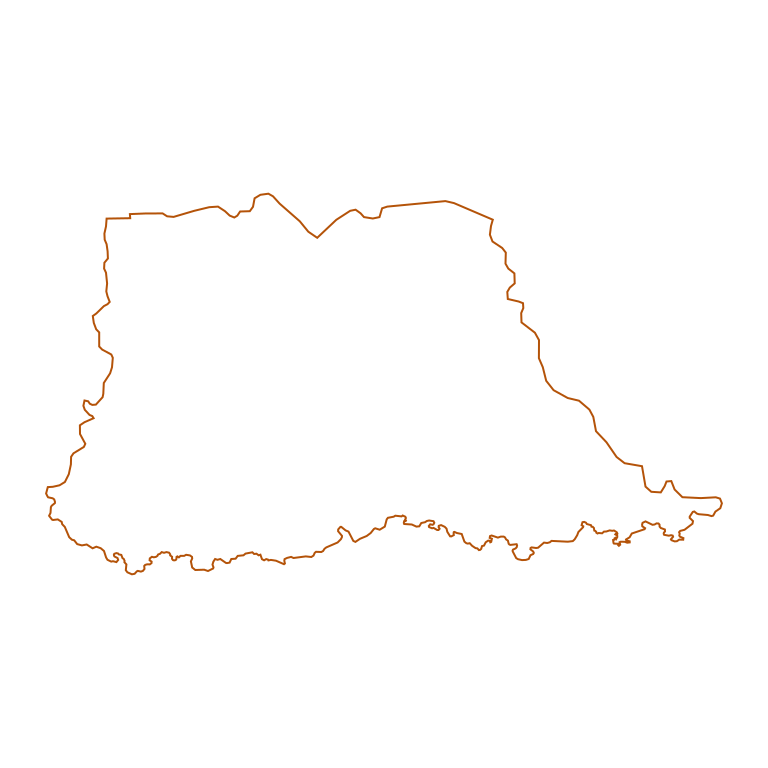 Plácido Rosas, Cerro Largo, Uruguay
{"feature_id": "84410073B56637249080242", "entity_name": "Plácido Rosas", "entity_type": "district", "adm_level": 2, "iso_a3": "URY", "parent_name": "Uruguay", "parent_adm1": "Cerro Largo", "projection": "mercator", "projection_center": [-53.692, -32.681], "detail": "fine", "context": "isolated", "style": "outline", "palette": "amber", "viewbox_px": 768, "rotation_deg": 0, "n_neighbors": 0, "source": "geoboundaries", "source_scale": "gbopen_adm2", "svg_char_len": 6073}
<svg xmlns="http://www.w3.org/2000/svg" viewBox="0 0 768 768"><path d="M492.8,219.7L454.0,203.1L445.4,201.1L387.3,206.6L382.1,208.3L379.5,217.1L372.8,218.5L364.0,217.1L360.6,213.3L355.6,209.7L350.2,210.8L336.3,219.8L317.2,237.8L308.3,231.7L299.8,221.3L279.6,203.6L273.0,196.3L268.4,193.7L260.4,194.8L254.6,198.3L253.0,206.8L249.8,211.2L240.1,211.5L237.3,215.7L234.3,217.5L229.7,215.6L225.0,211.2L218.0,206.6L209.2,207.2L194.3,210.8L173.6,216.9L167.1,216.3L162.6,213.4L144.8,213.5L129.9,214.1L130.2,218.2L106.6,218.6L106.0,226.4L104.4,233.6L104.7,239.7L106.6,244.2L107.6,251.3L107.9,258.5L104.4,262.7L104.1,268.6L106.0,272.7L107.1,283.5L106.3,291.4L107.5,296.2L109.7,301.9L107.5,304.2L103.9,306.1L96.3,313.5L92.8,316.0L93.8,322.9L96.2,329.3L99.2,332.4L99.2,346.5L102.2,349.6L111.3,354.5L112.8,357.8L112.0,367.3L110.1,373.3L103.8,383.0L103.3,393.8L102.6,397.2L95.9,404.6L92.3,404.9L89.8,403.7L88.2,401.3L84.5,400.5L83.4,405.8L84.8,409.8L89.5,414.9L92.3,416.1L93.6,418.2L84.5,422.2L79.9,425.3L80.0,434.0L85.3,443.8L83.9,446.9L73.5,453.3L71.1,456.8L70.9,464.4L68.8,474.2L64.9,482.0L59.5,485.3L52.8,486.8L47.8,487.1L46.1,493.5L47.4,496.2L48.1,497.3L52.7,498.3L54.2,499.4L55.0,501.9L54.9,503.1L51.7,505.7L50.9,507.1L50.5,512.9L49.1,515.8L52.0,519.6L53.0,520.0L57.8,519.4L61.7,521.9L62.2,524.2L64.8,526.9L69.2,537.2L71.9,539.7L74.2,540.3L77.2,544.1L81.9,545.4L86.7,544.5L92.6,548.3L96.3,546.7L100.7,548.2L104.0,551.0L106.1,557.5L107.5,559.8L111.2,561.6L113.0,561.2L116.4,562.1L118.2,559.9L117.5,558.0L114.5,556.5L114.0,555.7L113.9,554.6L114.3,553.8L116.4,553.1L118.1,553.5L118.8,554.4L121.3,554.9L122.5,558.1L123.8,559.0L124.6,560.9L124.4,562.2L126.4,564.4L125.8,570.2L127.4,572.3L131.9,574.3L134.6,573.8L136.9,571.3L137.8,570.9L140.9,571.6L142.9,570.9L144.5,568.9L144.2,566.0L145.2,564.9L147.2,564.3L149.8,564.4L151.5,563.1L151.6,561.6L149.6,560.3L149.8,558.4L151.9,556.8L153.8,557.3L155.9,556.9L157.4,555.9L158.1,554.5L160.0,553.8L161.7,552.1L164.0,552.8L166.5,552.1L169.1,552.7L170.2,554.3L170.2,555.4L172.1,556.8L172.0,558.8L173.0,560.1L174.1,560.4L175.6,560.1L176.3,559.3L176.6,556.8L177.5,556.4L178.4,557.3L179.1,557.3L180.4,555.9L184.1,555.9L186.1,554.8L189.9,555.4L192.0,556.9L192.2,558.5L190.9,561.4L192.2,567.5L195.3,570.0L204.1,569.7L208.0,571.0L213.1,568.5L213.5,567.4L212.5,564.6L213.4,561.6L215.1,559.0L217.5,559.8L220.3,559.0L225.9,562.9L227.0,563.1L229.6,562.6L231.3,559.0L235.6,558.7L237.7,555.9L243.5,555.3L245.5,553.6L252.4,552.3L254.1,554.0L256.5,553.7L258.6,555.3L260.4,554.7L262.0,559.2L264.1,560.3L266.2,559.1L268.0,559.6L268.4,560.4L270.9,559.9L276.0,560.7L284.0,564.2L284.9,563.5L284.3,560.7L284.6,559.1L287.1,557.9L291.1,556.9L293.5,558.0L305.8,556.4L311.3,557.0L313.5,555.6L314.7,552.9L316.0,551.8L321.3,552.0L323.1,551.0L324.5,548.8L326.3,547.4L337.6,542.5L340.9,539.2L341.9,537.2L342.0,535.9L338.1,531.2L338.2,529.4L340.4,526.9L341.3,526.9L345.6,530.4L348.5,531.6L353.3,540.9L355.4,541.9L360.0,538.8L366.7,536.0L370.7,533.0L373.9,529.0L375.2,528.3L379.7,529.7L384.8,526.6L386.7,519.4L387.9,517.8L393.7,516.7L395.3,515.7L401.6,516.4L402.7,515.5L405.3,516.7L405.9,518.0L405.0,519.9L405.9,520.5L405.6,521.1L404.1,521.3L403.8,522.9L404.2,524.0L411.8,524.5L416.4,526.6L419.3,526.3L421.3,523.0L425.1,522.2L426.8,521.0L429.1,520.5L433.5,521.2L434.3,522.8L433.5,524.3L432.6,524.8L430.2,524.3L428.8,526.0L429.1,527.1L432.1,528.3L433.5,527.9L437.2,530.0L438.5,530.0L439.6,528.8L438.6,527.1L438.8,525.8L441.1,525.1L444.7,526.8L446.5,528.6L447.3,531.8L450.1,536.3L451.3,536.4L453.8,535.1L453.6,532.9L453.8,532.1L454.5,531.9L456.8,533.0L461.7,534.0L464.4,541.6L466.3,543.2L467.8,543.6L469.7,543.2L472.1,545.8L475.5,548.1L477.4,548.4L478.9,550.1L480.1,549.9L481.2,548.9L482.0,546.1L484.0,545.6L485.7,542.3L488.2,540.6L489.7,540.8L490.3,542.3L491.2,541.9L491.9,538.7L489.7,537.9L490.0,536.1L491.6,535.5L497.9,537.6L500.8,536.6L503.7,536.6L505.0,537.4L506.1,539.4L507.9,540.6L508.7,543.8L509.4,544.5L510.3,544.9L516.6,544.2L517.1,545.4L516.7,547.2L515.6,548.4L513.0,549.6L512.6,550.5L512.7,551.4L516.2,558.1L518.0,559.2L522.1,560.1L525.9,559.9L528.7,559.0L530.5,555.2L533.2,554.0L533.8,552.9L533.2,551.5L530.4,549.3L530.6,547.9L531.6,547.4L536.1,548.0L538.1,547.7L544.0,542.6L547.2,543.0L549.8,542.3L551.5,540.9L567.8,541.7L572.8,541.1L574.7,539.3L577.2,535.2L578.4,532.0L583.1,527.2L583.3,526.3L581.6,525.2L582.5,522.2L584.2,521.9L586.0,522.7L586.8,524.0L591.0,525.2L591.5,526.7L592.7,526.8L593.9,528.0L594.3,530.6L595.3,530.9L596.2,531.8L596.3,532.7L597.5,533.5L598.7,533.0L602.1,533.3L604.0,531.6L606.3,531.5L609.7,530.4L612.3,530.8L614.0,530.5L616.7,532.2L617.4,533.5L617.2,534.2L615.6,534.0L615.3,534.4L617.2,535.5L617.3,537.0L616.2,539.0L615.4,537.8L614.5,538.4L614.4,539.7L613.1,540.0L613.5,543.0L614.0,543.6L618.7,543.8L618.8,544.8L618.3,545.2L618.9,545.8L620.2,544.7L619.6,542.2L620.7,541.7L624.7,541.8L627.2,542.7L629.7,542.4L629.7,541.3L626.3,540.5L626.0,539.5L629.6,537.3L631.8,533.5L644.6,529.2L645.1,528.2L642.3,526.3L642.1,524.4L642.6,522.8L645.5,521.4L652.5,524.8L654.6,524.5L656.5,523.4L658.5,523.5L659.5,524.6L659.6,526.6L660.8,528.0L664.9,529.5L665.0,531.5L663.9,532.6L663.7,533.8L664.1,534.8L668.8,535.7L671.1,535.2L672.7,535.6L673.1,536.8L670.9,539.3L671.5,540.2L674.7,541.4L676.9,541.2L679.3,539.6L683.2,539.7L683.4,538.1L680.0,536.7L679.3,535.6L679.7,533.7L679.1,532.2L680.2,530.9L684.5,529.8L692.5,523.7L693.0,521.1L689.7,517.9L689.7,516.6L692.8,511.9L694.3,511.5L696.9,513.6L698.7,514.2L707.9,515.0L711.5,516.1L713.2,515.6L715.4,511.6L720.3,508.2L721.9,503.3L720.0,498.6L715.8,497.3L700.8,498.1L682.4,497.2L674.6,489.5L671.3,481.1L666.5,481.5L664.7,486.1L660.8,492.4L651.3,491.8L645.5,486.6L642.0,466.2L624.6,463.2L616.6,457.0L606.5,442.3L596.0,431.2L593.3,416.9L589.4,409.6L579.0,400.7L567.7,398.0L553.6,390.2L546.2,380.8L542.8,367.2L538.9,358.2L539.0,340.1L534.9,332.7L521.5,322.4L521.2,313.1L523.3,308.1L523.0,303.2L518.6,301.5L507.8,299.0L507.3,291.9L509.8,287.6L514.7,283.4L514.4,273.4L508.3,268.6L505.5,263.7L505.8,252.6L502.2,248.0L492.5,241.5L489.9,234.7L491.0,226.0L492.8,219.7Z" fill="none" stroke="#b45309" stroke-width="2"/></svg>